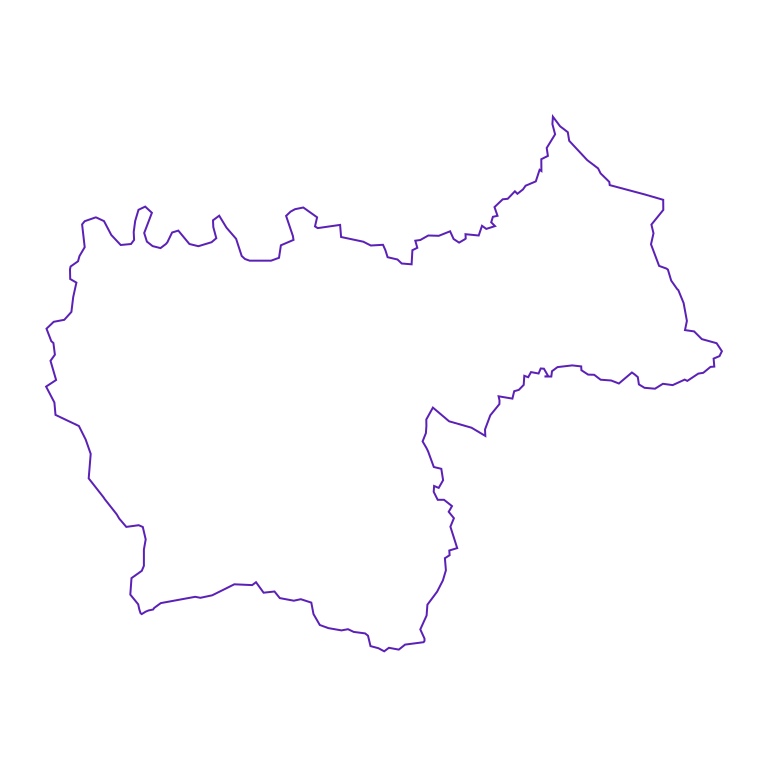 Cayey, Puerto Rico (Albers equal-area conic projection)
{"feature_id": "32010507B18263027351843", "entity_name": "Cayey", "entity_type": "district", "adm_level": 2, "iso_a3": "PRI", "parent_name": "Puerto Rico", "parent_adm1": "", "projection": "albers", "projection_center": [-66.141, 18.103], "detail": "fine", "context": "isolated", "style": "outline", "palette": "violet", "viewbox_px": 768, "rotation_deg": 0, "n_neighbors": 0, "source": "geoboundaries", "source_scale": "gbopen_adm2", "svg_char_len": 3363}
<svg xmlns="http://www.w3.org/2000/svg" viewBox="0 0 768 768"><path d="M552.9,116.7L552.4,124.1L555.1,134.3L546.7,148.0L547.9,155.9L541.3,159.2L541.4,171.0L539.6,169.8L535.8,181.4L525.6,185.7L523.0,189.4L517.4,193.8L514.9,191.3L507.7,198.8L502.7,199.3L494.5,207.1L497.5,215.8L492.9,216.8L491.2,222.3L495.0,226.1L486.3,228.9L482.0,225.8L478.7,235.5L465.5,234.2L465.7,238.6L464.6,239.4L459.1,242.6L453.6,239.0L450.1,231.3L438.8,235.8L428.3,235.5L420.3,240.0L415.3,240.7L417.3,247.8L412.4,250.2L411.6,264.3L401.7,263.5L397.5,259.5L387.6,257.2L385.4,250.2L383.0,244.8L370.8,245.5L363.3,241.7L341.1,237.0L340.1,224.9L317.7,228.1L315.0,226.4L317.1,217.3L303.3,207.5L295.0,209.2L290.6,211.6L286.1,215.9L292.9,236.0L293.5,239.9L280.9,245.3L279.0,257.8L271.0,260.7L270.3,260.7L249.7,260.7L245.0,259.0L241.7,256.0L236.1,238.8L226.5,227.7L219.2,215.7L213.0,220.3L213.3,227.1L216.3,238.2L211.6,242.2L198.4,246.2L189.4,244.0L178.3,230.6L172.1,232.5L167.3,242.4L165.9,244.0L160.5,248.1L152.6,246.1L146.9,241.6L144.2,233.0L151.9,212.8L145.2,206.6L138.5,209.8L135.2,220.9L133.7,232.0L134.1,239.9L131.0,244.0L120.7,245.0L111.3,235.0L104.0,221.1L96.3,217.5L95.6,217.4L84.7,221.2L82.1,224.4L84.7,247.2L79.5,256.0L78.0,261.3L70.6,266.5L70.0,269.2L70.2,279.0L76.4,282.6L73.2,297.1L71.4,311.9L64.3,319.8L53.7,321.8L46.5,328.7L51.3,341.2L53.4,343.0L54.9,354.7L50.5,360.8L56.1,380.0L46.1,386.6L54.4,402.5L55.5,414.9L78.9,426.0L85.7,439.6L90.7,453.9L88.7,478.4L103.6,497.4L104.7,499.1L116.7,514.3L119.3,518.7L126.3,526.9L138.7,525.2L142.8,527.0L145.7,539.4L143.9,549.5L143.9,565.8L141.8,570.8L131.5,578.1L130.3,594.6L138.2,604.3L139.3,609.4L140.5,613.1L141.7,614.1L145.6,611.7L148.4,610.5L153.1,609.5L154.0,608.3L154.2,607.9L160.8,603.1L195.2,596.8L200.4,597.8L212.2,595.3L234.3,584.3L252.2,585.1L256.0,582.2L263.6,592.7L274.5,591.5L279.8,598.1L293.8,600.7L300.8,599.2L311.3,602.6L313.5,614.1L319.8,625.0L328.3,628.1L341.5,630.4L348.0,629.2L353.7,631.9L365.1,633.4L368.0,635.7L370.5,646.1L378.4,648.2L384.2,651.3L388.9,647.8L398.8,649.6L405.1,644.6L423.6,642.2L424.5,640.9L424.5,638.6L420.3,629.4L426.6,615.5L427.4,604.7L437.1,591.7L442.9,580.4L445.9,570.3L444.9,558.2L449.6,555.2L449.3,550.5L457.2,548.1L450.4,526.7L453.9,518.2L448.7,511.8L452.0,506.1L444.0,499.8L437.7,499.8L433.7,491.8L434.1,486.0L438.7,487.9L443.1,480.2L441.3,468.8L433.8,467.0L428.1,451.4L426.5,448.1L422.6,441.4L425.9,433.1L426.4,425.9L426.3,419.5L432.9,407.6L449.1,421.3L471.5,427.7L485.3,435.9L485.0,429.5L490.3,415.3L499.4,404.1L499.5,400.4L498.6,396.3L512.4,398.6L514.2,391.2L518.8,389.9L523.7,384.9L524.3,375.8L528.2,377.2L531.0,372.1L538.6,373.5L540.7,368.5L543.9,368.7L548.2,376.1L544.5,376.5L551.3,376.5L552.0,371.2L557.5,367.1L572.2,365.4L581.2,366.4L581.4,370.2L588.1,374.6L594.2,374.8L600.6,379.7L611.2,380.5L618.9,383.5L631.9,372.5L634.5,374.3L637.8,377.1L638.9,384.4L644.5,387.8L655.0,388.7L662.9,383.8L672.7,385.1L684.7,379.6L687.3,380.9L698.3,373.6L703.3,372.8L710.5,366.9L714.3,366.6L713.6,358.6L719.5,356.1L721.9,351.2L716.6,343.2L701.8,339.1L694.1,331.4L685.0,330.1L686.9,320.9L683.6,303.0L678.3,290.1L677.1,289.0L671.2,280.6L667.9,269.6L666.3,268.5L659.1,265.9L651.0,244.3L653.5,233.3L651.4,224.6L663.3,209.9L663.2,199.8L644.2,194.3L609.7,185.1L609.3,181.9L600.6,173.4L598.1,168.4L587.3,160.2L569.2,140.8L567.8,132.2L560.1,126.3L552.9,116.7Z" fill="none" stroke="#5b21b6" stroke-width="2"/></svg>